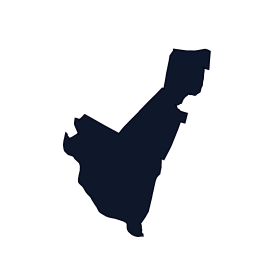 Seitin, Arad, Romania (Natural Earth projection), rotated 19°
{"feature_id": "2599482B44381411397281", "entity_name": "Seitin", "entity_type": "district", "adm_level": 2, "iso_a3": "ROU", "parent_name": "Romania", "parent_adm1": "Arad", "projection": "natural_earth1", "projection_center": [20.85, 46.157], "detail": "fine", "context": "isolated", "style": "filled", "palette": "ink", "viewbox_px": 256, "rotation_deg": 19, "n_neighbors": 0, "source": "geoboundaries", "source_scale": "gbopen_adm2", "svg_char_len": 3159}
<svg xmlns="http://www.w3.org/2000/svg" viewBox="0 0 256 256"><g transform="rotate(19 128 128)"><path d="M177.2,225.2L176.5,223.6L175.8,223.4L175.5,223.3L174.8,222.9L174.4,222.0L174.1,221.2L174.1,220.2L173.9,220.1L173.8,219.9L173.3,218.8L173.0,218.2L172.5,217.2L172.2,216.2L172.0,215.8L171.7,215.4L171.5,215.2L171.1,214.9L170.8,214.6L170.8,214.2L170.9,213.7L171.1,212.9L171.5,211.8L171.9,210.2L172.5,208.2L172.8,207.1L173.2,205.2L173.6,202.8L173.9,201.6L174.1,200.3L174.0,199.3L173.9,198.1L173.9,197.8L173.7,196.3L173.6,194.6L173.2,191.2L172.9,187.6L172.5,184.5L172.2,182.3L171.8,178.4L171.2,173.7L170.9,170.8L170.7,169.4L170.7,167.3L170.9,165.0L172.8,160.8L172.3,158.2L171.9,154.4L171.2,152.8L170.2,149.1L169.1,146.3L169.5,145.9L172.1,146.1L173.4,137.4L173.9,134.0L174.3,130.6L174.7,123.1L175.2,113.3L175.3,104.9L180.0,104.6L179.2,95.0L178.2,95.1L176.3,95.2L171.9,95.3L170.0,94.1L168.8,94.1L168.4,94.1L165.6,90.6L166.1,90.5L166.8,90.0L167.6,89.6L168.0,89.3L168.5,88.5L168.9,88.1L169.3,87.7L169.6,87.5L169.9,87.3L170.2,87.1L170.2,86.9L170.3,86.0L170.5,83.8L170.5,82.8L171.0,81.6L171.6,79.8L171.7,79.6L172.0,79.1L172.5,78.6L172.9,78.2L173.0,77.9L173.3,77.3L173.4,77.0L173.5,76.6L173.6,76.2L175.5,76.0L176.1,75.9L176.4,75.8L176.6,75.6L176.8,75.4L180.3,75.2L180.7,75.1L181.0,74.8L181.3,74.4L181.5,74.0L181.7,73.5L181.9,73.0L182.2,72.7L183.3,71.6L184.2,70.3L184.0,68.6L183.8,66.2L183.8,65.9L184.1,64.4L184.1,63.7L184.0,62.7L183.4,61.0L182.9,56.6L181.8,52.7L181.0,48.6L179.7,46.5L185.1,46.2L185.0,45.7L184.9,45.3L184.8,44.9L184.5,43.7L183.1,38.7L181.1,30.7L180.8,29.4L180.7,29.4L180.7,29.1L180.6,28.9L177.7,28.5L175.9,28.6L175.1,28.8L172.6,30.2L169.5,32.0L167.1,33.2L166.1,33.7L164.9,34.1L161.9,35.0L160.8,35.4L158.8,36.1L157.2,36.5L155.8,36.8L145.6,38.8L146.1,40.5L145.5,42.1L144.4,46.0L145.3,51.0L146.0,56.6L147.0,64.1L148.2,70.9L149.3,79.1L149.3,79.3L147.5,79.3L143.6,87.8L141.9,91.1L139.0,97.0L133.5,108.7L133.6,109.0L127.9,120.7L124.4,128.2L123.3,130.8L121.4,136.4L106.0,133.9L82.8,129.6L81.3,132.9L81.1,133.3L80.5,134.3L80.0,136.0L79.0,135.7L78.8,136.2L78.3,136.2L76.7,135.9L75.1,136.1L75.9,140.2L76.2,141.3L76.9,142.4L78.8,144.5L80.4,146.3L82.0,148.1L83.3,149.5L83.0,149.8L82.3,149.9L82.0,150.7L79.8,153.3L78.2,155.3L77.8,155.6L77.0,156.4L76.8,156.9L76.5,157.3L75.8,156.9L74.5,156.2L73.8,155.6L73.1,155.4L72.8,154.9L72.7,154.6L72.5,154.0L72.1,153.6L71.6,153.3L70.9,153.0L71.7,159.0L71.8,160.7L72.7,164.9L74.6,168.7L75.8,170.2L77.6,171.1L79.9,172.2L81.3,172.3L83.4,172.2L85.4,172.3L86.4,172.8L87.6,173.9L88.6,174.4L91.7,175.8L93.5,176.6L95.5,179.2L96.9,183.6L97.1,185.9L97.5,189.2L97.9,191.6L98.4,193.6L99.1,195.0L100.1,195.9L104.7,198.0L105.4,198.6L109.4,202.0L111.7,203.4L115.3,205.2L117.7,207.4L121.9,210.8L124.5,212.7L127.7,215.8L129.4,216.7L131.6,217.2L136.1,218.1L139.6,218.1L145.4,217.3L149.6,217.2L154.4,217.2L157.0,217.7L158.5,218.6L159.5,221.2L160.0,222.7L160.7,223.9L161.6,224.8L162.7,225.6L165.7,226.9L166.3,227.1L166.8,227.2L167.5,227.3L169.1,227.4L169.6,227.5L170.6,227.4L170.9,227.4L171.2,227.3L171.7,227.3L172.2,227.2L172.9,227.0L173.9,226.5L174.9,226.0L176.2,225.4L177.2,225.2Z" fill="#0f172a" stroke="#020617" stroke-width="1.5"/></g></svg>